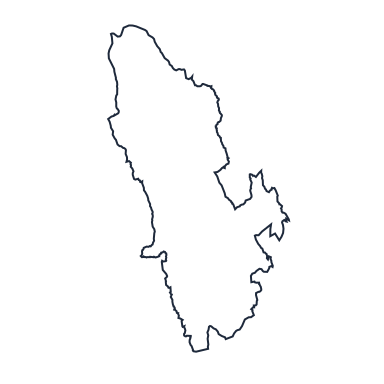 outline of Gicumbi, Northern, Rwanda, rotated 187°
{"feature_id": "39286606B99169436422336", "entity_name": "Gicumbi", "entity_type": "district", "adm_level": 2, "iso_a3": "RWA", "parent_name": "Rwanda", "parent_adm1": "Northern", "projection": "natural_earth1", "projection_center": [30.098, -1.619], "detail": "fine", "context": "isolated", "style": "outline", "palette": "slate", "viewbox_px": 384, "rotation_deg": 187, "n_neighbors": 0, "source": "geoboundaries", "source_scale": "gbopen_adm2", "svg_char_len": 6055}
<svg xmlns="http://www.w3.org/2000/svg" viewBox="0 0 384 384"><g transform="rotate(187 192 192)"><path d="M274.9,349.6L279.9,346.7L281.5,339.1L282.5,337.7L284.7,337.2L289.0,339.7L290.7,339.6L291.7,339.0L290.5,336.3L289.1,329.8L291.4,322.6L291.7,319.4L290.8,314.5L284.3,304.7L283.7,301.9L281.4,296.0L281.4,294.9L279.8,292.1L279.2,289.1L279.4,287.9L278.6,285.2L278.8,285.5L278.2,279.7L278.9,278.6L279.2,274.6L278.1,271.7L277.6,267.5L276.8,265.8L275.7,265.1L274.5,263.5L274.5,262.0L274.9,261.1L278.1,258.7L278.4,259.1L279.1,257.9L281.1,257.1L284.1,254.2L282.3,251.7L280.7,247.8L280.3,245.9L277.7,242.7L277.7,239.2L275.1,235.6L273.9,234.6L271.7,230.1L269.5,228.7L267.9,228.8L265.8,227.4L264.6,227.3L263.4,226.6L262.7,225.6L262.5,221.7L260.8,218.7L260.4,216.3L260.7,214.0L258.3,215.0L256.2,213.6L256.5,212.3L255.8,211.3L255.9,209.6L254.1,208.0L252.6,205.4L253.1,203.6L252.9,201.8L251.1,197.9L249.8,197.4L247.0,198.6L246.3,197.4L245.1,197.1L244.6,195.6L244.0,195.5L242.7,196.5L242.6,194.7L240.3,190.3L239.9,187.8L238.5,186.4L235.9,182.7L234.7,180.1L234.4,178.5L232.1,174.9L231.9,172.8L230.8,171.6L230.1,169.8L228.7,167.7L228.5,166.5L228.9,165.4L228.2,164.4L227.9,162.6L228.3,160.0L227.9,158.9L228.1,157.3L226.8,152.8L224.9,150.5L224.1,148.1L224.4,146.6L224.2,140.9L223.7,139.0L224.5,137.0L224.7,135.1L225.4,134.6L226.4,133.0L227.3,133.2L228.5,132.3L230.3,132.3L233.1,130.7L233.3,129.2L233.7,128.5L234.1,128.4L234.4,127.2L233.9,124.6L234.3,122.9L235.0,122.2L233.8,121.2L232.1,121.6L232.0,122.1L230.8,121.6L230.0,121.8L229.1,121.5L228.6,121.9L225.8,122.2L225.7,122.6L222.0,122.6L221.8,123.1L220.1,122.6L217.3,123.9L217.0,124.7L216.6,124.6L216.5,126.1L215.1,127.2L215.2,128.0L213.6,128.6L212.9,129.5L211.5,129.2L210.7,127.9L210.1,127.9L209.7,126.4L210.0,124.8L209.5,123.7L209.8,122.1L209.2,120.7L209.5,120.2L212.0,119.5L213.3,120.1L213.5,119.0L211.5,111.1L207.6,107.5L206.4,105.5L206.7,104.5L208.1,102.9L206.9,100.2L207.1,99.8L206.4,96.6L204.4,95.3L203.7,94.1L202.8,94.1L201.8,94.8L200.9,90.2L201.6,89.6L200.2,87.8L199.6,87.7L200.3,85.3L198.3,82.6L198.1,80.7L197.1,77.6L196.4,76.8L196.4,76.1L195.6,75.7L195.0,74.8L195.3,73.2L194.5,73.3L194.3,72.8L192.8,71.8L192.3,70.2L191.0,70.1L191.1,69.6L190.0,67.8L190.1,65.3L188.2,65.0L185.7,63.9L186.6,62.7L185.2,57.5L184.8,57.0L183.3,57.9L183.5,56.9L182.5,55.7L181.7,53.8L182.0,51.0L182.6,50.1L182.3,48.6L181.0,47.9L180.2,48.0L179.6,48.7L175.7,49.0L175.6,48.0L176.1,46.9L175.8,46.3L176.3,44.9L176.1,42.6L174.8,40.1L173.6,39.0L171.5,34.9L171.7,34.6L171.1,34.1L168.5,34.0L157.2,38.2L156.9,38.3L157.4,40.3L157.2,42.6L158.6,48.3L158.4,51.7L159.6,54.5L158.8,57.3L158.7,60.3L157.8,61.2L156.5,61.0L154.0,59.3L151.6,58.6L149.4,56.6L148.2,54.2L144.9,52.7L141.5,51.8L140.6,50.1L134.0,53.6L133.0,56.7L131.3,59.5L130.1,60.4L127.9,61.3L126.0,65.0L124.0,71.9L120.4,74.6L118.2,74.9L115.6,77.3L117.6,81.0L117.5,82.1L118.9,82.9L117.3,85.0L116.3,85.1L116.8,86.9L115.0,87.2L114.2,88.2L114.4,91.8L114.0,92.7L115.9,97.5L116.1,99.5L113.9,101.0L112.8,101.2L111.9,102.1L111.3,103.2L111.5,104.3L112.3,106.5L113.2,107.5L113.7,108.7L114.2,108.8L114.4,110.2L117.1,109.8L118.6,110.0L119.1,110.7L122.1,109.7L123.3,115.9L122.2,118.3L119.7,119.5L118.4,121.5L115.7,124.0L113.6,123.9L112.1,122.2L111.0,121.6L107.6,121.9L106.1,125.7L106.1,127.1L104.3,128.1L102.9,127.4L102.8,128.5L104.6,131.9L105.0,133.7L105.9,135.0L105.8,136.9L107.9,137.5L108.4,134.3L109.6,135.4L109.6,137.5L110.5,139.6L111.0,139.7L112.2,140.8L113.6,140.8L115.3,144.4L116.7,145.0L117.7,146.5L119.9,148.5L122.8,152.6L124.6,157.1L123.9,156.4L123.1,157.0L120.6,157.2L117.6,161.4L109.6,169.5L109.7,164.7L108.9,157.7L104.5,160.9L99.5,154.7L97.7,158.5L96.6,162.4L96.7,166.7L97.7,170.4L98.9,172.7L98.7,173.9L97.0,175.5L95.5,174.3L94.6,174.2L95.1,175.0L95.3,177.0L92.3,175.7L92.6,176.6L96.5,181.8L98.6,182.7L99.7,182.6L100.7,183.8L100.9,185.5L101.7,186.6L101.1,187.4L100.9,189.0L103.4,190.7L103.8,190.5L104.4,191.7L106.0,193.0L106.8,197.8L106.4,198.8L109.1,203.8L110.7,206.0L112.3,205.5L113.1,205.9L113.5,204.8L113.3,204.0L114.7,203.0L115.6,201.2L118.1,202.0L119.0,203.6L119.9,204.1L120.8,206.0L122.4,207.4L123.2,212.3L124.2,214.4L124.1,216.2L125.0,218.6L125.8,219.7L125.9,221.5L127.6,219.4L130.4,214.7L132.3,215.8L133.3,215.8L133.5,215.5L134.5,216.5L136.4,216.8L136.8,216.5L136.4,213.3L135.5,212.6L135.7,211.5L133.9,208.6L134.3,204.0L133.8,202.8L134.3,201.8L134.4,200.4L132.6,196.2L132.3,194.4L133.5,192.2L137.7,190.1L138.0,188.0L139.5,186.0L141.1,185.5L142.5,184.6L142.8,183.6L145.4,182.4L147.1,180.1L149.6,184.9L150.7,185.3L150.8,186.4L151.8,186.7L152.2,187.7L154.4,188.9L155.5,190.2L158.2,191.4L159.4,194.8L163.4,202.2L166.0,204.6L168.8,210.5L171.9,214.2L169.1,215.0L166.5,217.4L165.2,219.4L164.1,220.1L162.4,219.7L162.5,220.6L163.2,221.2L162.5,221.6L161.2,223.6L159.3,224.6L159.1,226.7L160.5,228.4L160.7,229.0L159.9,230.0L161.1,230.5L161.0,231.2L162.3,234.4L163.7,237.3L164.1,239.4L166.0,240.0L166.5,241.7L167.8,243.1L168.1,244.2L169.4,246.0L170.0,249.3L170.7,249.4L171.4,250.6L173.2,251.8L173.8,253.7L174.6,254.6L174.8,256.3L175.2,256.7L175.1,258.2L176.1,258.6L176.5,260.1L176.1,260.3L175.9,261.7L174.9,262.5L175.0,263.6L174.4,264.6L173.6,264.8L172.3,266.3L172.3,268.9L171.7,270.8L171.7,271.9L173.2,273.4L173.7,273.6L174.3,274.6L174.2,275.1L175.2,276.1L175.4,278.6L176.4,280.1L176.9,282.6L177.8,284.0L177.5,285.4L176.7,286.6L176.7,287.5L177.2,288.2L178.1,288.2L178.8,288.9L178.9,290.0L180.7,291.3L181.2,292.7L181.0,293.1L182.4,294.8L182.4,295.4L183.9,296.6L184.8,296.7L185.5,297.5L185.6,298.8L186.0,298.4L186.1,298.8L186.4,298.5L187.2,299.3L189.6,299.2L189.7,299.6L194.1,300.6L194.7,300.5L196.0,298.4L197.0,297.9L199.6,297.6L200.9,298.4L202.0,298.3L204.1,302.2L205.9,303.6L205.9,306.6L206.6,305.4L209.0,303.6L211.7,304.3L213.9,311.7L214.9,312.7L217.3,312.0L219.1,312.5L220.3,312.3L222.5,310.8L224.5,311.4L226.2,312.8L227.4,314.6L229.7,315.8L230.6,318.1L231.7,319.4L235.4,321.5L238.9,326.3L240.1,327.1L241.4,329.9L244.3,332.5L247.3,336.6L248.3,339.2L250.0,340.6L254.2,342.4L256.7,346.2L258.4,347.1L267.6,349.6L271.3,350.0L274.9,349.6Z" fill="none" stroke="#1e293b" stroke-width="2"/></g></svg>